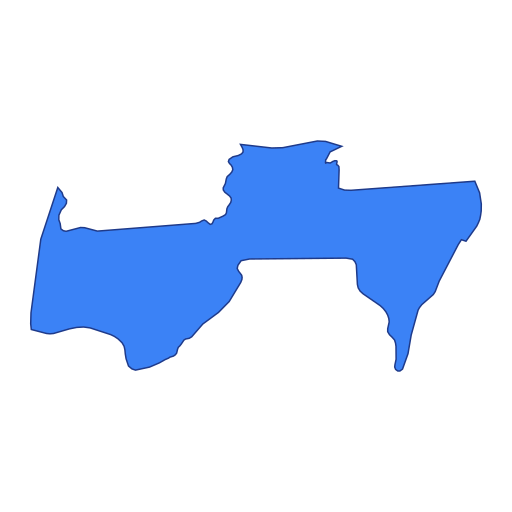 an SVG outline of Para
{"feature_id": "SUR-68", "entity_name": "Para", "entity_type": "District", "adm_level": 1, "iso_a3": "SUR", "parent_name": "Suriname", "parent_adm1": "", "projection": "mercator", "projection_center": [-55.311, 5.329], "detail": "fine", "context": "isolated", "style": "filled", "palette": "blue", "viewbox_px": 512, "rotation_deg": 0, "n_neighbors": 0, "source": "natural_earth", "source_scale": "10m", "svg_char_len": 2301}
<svg xmlns="http://www.w3.org/2000/svg" viewBox="0 0 512 512"><path d="M341.7,146.3L330.1,151.9L326.4,159.0L325.7,159.7L325.5,162.8L325.7,163.1L326.9,162.5L330.1,163.0L331.0,162.6L332.7,161.5L334.8,160.7L336.7,160.8L337.1,161.8L336.7,163.3L336.6,164.6L337.8,165.2L338.9,166.6L339.1,169.9L338.5,188.1L344.6,190.1L351.0,190.3L474.8,181.2L479.6,192.8L481.3,204.0L481.2,210.9L480.6,215.3L479.8,219.3L478.4,222.7L476.7,226.2L466.0,241.2L461.4,239.7L458.3,244.5L439.2,281.1L435.2,291.6L433.3,294.5L421.8,304.6L419.4,307.7L418.1,310.1L411.2,335.0L408.0,353.7L402.5,369.1L399.9,371.0L397.8,371.0L395.6,369.4L394.7,367.0L395.0,364.5L396.1,359.3L396.0,346.3L395.5,343.0L394.5,339.9L391.9,337.0L389.5,334.7L387.7,331.7L387.7,328.7L389.2,321.9L388.8,318.5L387.7,315.1L385.9,311.8L383.3,308.5L380.3,305.7L363.2,293.9L360.2,291.2L358.2,287.9L357.4,284.4L356.3,264.7L354.9,261.6L352.6,259.2L346.1,258.1L249.5,259.0L241.1,260.7L237.9,265.3L237.2,268.5L238.7,271.4L240.3,273.4L241.7,275.3L242.1,277.4L241.9,279.5L240.7,282.5L229.2,301.5L218.5,312.4L202.8,324.0L191.7,336.8L189.2,338.3L185.6,339.0L183.9,340.1L181.3,344.0L179.8,345.9L178.3,347.3L177.6,349.1L176.6,353.2L175.2,354.9L173.4,356.1L169.8,357.2L168.6,358.1L165.1,359.6L159.3,362.9L149.5,367.1L135.5,370.1L131.9,368.9L128.5,366.0L126.1,358.8L125.3,354.0L124.9,349.8L124.1,346.3L122.1,342.8L118.1,338.9L114.4,336.4L110.7,334.6L90.1,327.9L83.6,327.0L76.7,327.4L69.3,328.9L53.5,333.5L49.9,333.8L46.6,333.5L31.3,329.5L30.7,323.8L31.0,312.8L40.8,239.2L57.8,187.5L62.0,192.5L63.3,196.5L66.6,200.0L66.4,203.3L64.5,206.6L61.3,209.8L58.9,215.2L58.8,219.7L60.2,223.7L60.9,228.9L63.3,230.7L66.1,231.3L80.6,227.5L84.6,227.7L97.4,231.1L195.7,223.4L199.6,222.3L201.6,221.0L204.2,220.0L206.2,221.0L208.0,222.7L210.2,224.4L212.0,223.8L213.0,222.0L213.7,220.1L215.4,218.3L218.2,218.3L223.1,216.1L225.5,214.6L226.4,212.9L226.9,208.8L227.7,206.8L229.2,204.8L230.7,202.5L231.3,200.2L231.1,198.1L229.6,196.0L224.8,192.2L223.3,190.0L223.2,187.9L225.4,183.5L226.3,178.9L227.2,176.6L229.9,174.2L231.8,172.0L232.8,169.7L232.4,167.3L231.2,165.2L229.5,163.5L228.4,161.6L229.1,159.4L232.9,156.8L238.3,155.5L241.5,153.9L243.0,152.1L243.1,149.9L242.3,147.7L240.5,144.4L271.8,148.0L282.7,147.7L317.3,141.0L325.5,141.4L341.7,146.3Z" fill="#3b82f6" stroke="#1e3a8a" stroke-width="1.5"/></svg>